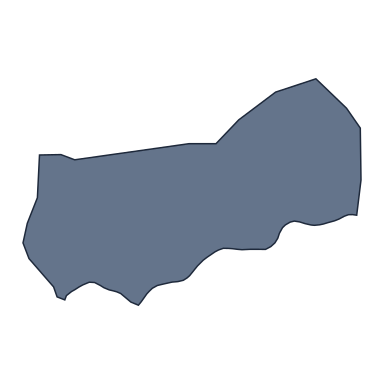 outline of Santa Cruz La Laguna, Sololá, Guatemala
{"feature_id": "79465075B11038489211128", "entity_name": "Santa Cruz La Laguna", "entity_type": "district", "adm_level": 2, "iso_a3": "GTM", "parent_name": "Guatemala", "parent_adm1": "Sololá", "projection": "orthographic", "projection_center": [-91.223, 14.744], "detail": "fine", "context": "isolated", "style": "filled", "palette": "slate", "viewbox_px": 384, "rotation_deg": 0, "n_neighbors": 0, "source": "geoboundaries", "source_scale": "gbopen_adm2", "svg_char_len": 1085}
<svg xmlns="http://www.w3.org/2000/svg" viewBox="0 0 384 384"><path d="M356.7,215.2L361.0,180.0L360.3,128.1L346.5,108.2L315.9,78.8L275.6,92.1L238.8,119.8L216.0,143.7L188.9,143.7L74.7,159.8L60.9,154.6L39.5,155.0L37.4,197.7L27.3,223.3L23.0,242.9L29.0,258.6L53.6,286.9L57.1,296.9L64.8,299.9L66.4,295.6L71.6,291.5L74.8,289.7L79.0,287.0L82.8,284.9L89.3,282.2L94.6,282.5L100.4,285.5L103.9,287.7L109.2,289.9L113.1,290.8L116.7,291.8L120.7,293.5L130.9,302.1L138.4,305.2L141.2,301.8L143.2,299.0L146.8,293.9L149.2,291.3L152.3,288.3L157.3,285.5L160.6,284.7L164.0,283.9L172.1,282.1L177.9,281.6L183.3,280.3L187.1,277.9L189.6,275.7L197.5,265.9L203.2,260.2L207.3,257.1L214.9,251.9L218.5,250.0L223.3,248.3L228.5,248.4L232.5,248.7L237.4,249.3L242.0,249.7L250.3,249.3L257.8,249.3L265.5,249.4L270.8,246.6L274.9,242.9L277.8,238.2L279.4,233.3L282.5,227.7L285.4,224.9L290.2,222.1L294.3,221.1L299.6,221.9L305.0,223.6L311.1,225.0L314.4,225.3L319.6,224.8L323.4,224.0L327.7,222.7L334.6,220.8L339.1,219.0L344.1,216.3L348.4,214.7L352.5,214.6L356.7,215.2Z" fill="#64748b" stroke="#1e293b" stroke-width="1.5"/></svg>